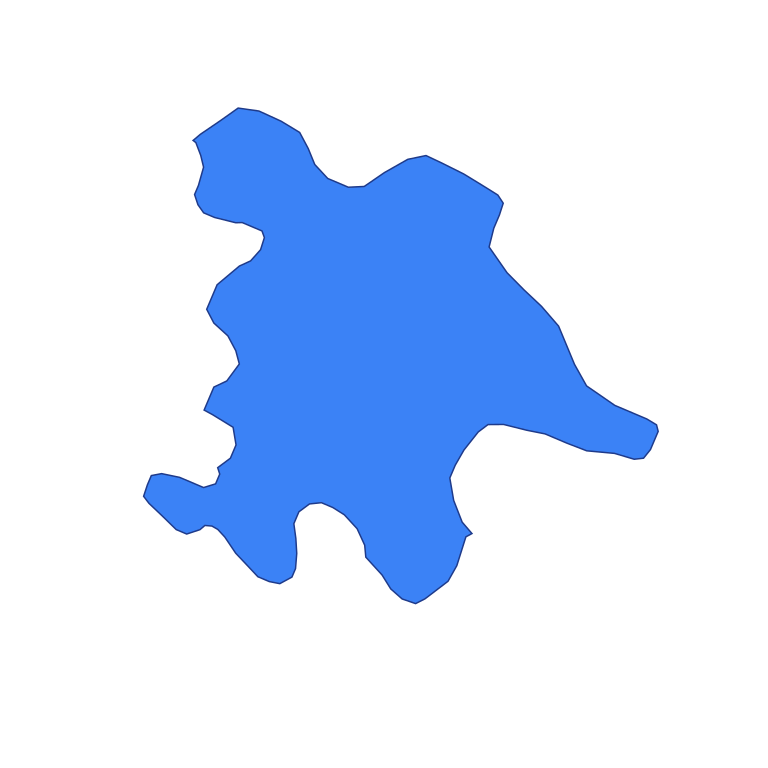 outline of Gradsko, rotated 113°
{"feature_id": "MKD-2930", "entity_name": "Gradsko", "entity_type": "Statistical Region", "adm_level": 1, "iso_a3": "MKD", "parent_name": "North Macedonia", "parent_adm1": "", "projection": "mercator", "projection_center": [21.909, 41.604], "detail": "fine", "context": "isolated", "style": "filled", "palette": "blue", "viewbox_px": 768, "rotation_deg": 113, "n_neighbors": 0, "source": "natural_earth", "source_scale": "10m", "svg_char_len": 1719}
<svg xmlns="http://www.w3.org/2000/svg" viewBox="0 0 768 768"><g transform="rotate(113 384 384)"><path d="M526.0,504.4L512.3,496.4L497.9,496.4L482.8,506.0L479.2,529.9L478.3,539.4L465.9,539.4L453.3,539.4L442.6,529.9L422.1,525.0L411.3,533.4L400.7,546.5L394.4,564.4L384.5,576.4L357.8,576.4L331.9,563.2L322.8,554.9L308.6,550.1L296.0,551.3L290.8,556.1L290.8,566.8L290.8,577.6L293.5,583.5L296.9,605.0L296.9,616.9L291.7,625.3L283.6,632.4L273.7,632.4L254.9,634.8L245.2,642.0L235.3,651.5L234.4,654.9L225.9,650.6L205.2,637.3L187.0,626.1L181.6,605.8L182.3,581.3L185.4,559.9L196.9,545.7L209.0,533.5L216.8,516.1L216.8,493.7L209.9,479.4L189.2,466.2L167.9,449.9L157.3,434.6L158.0,417.2L159.5,392.8L160.0,389.3L163.3,367.3L165.6,353.0L171.0,344.9L183.3,343.8L197.7,343.8L216.8,340.8L233.5,314.2L242.7,291.8L251.0,269.3L262.5,245.9L291.5,216.3L306.6,196.8L313.5,163.2L313.5,143.8L313.5,132.5L313.5,128.4L315.1,117.2L320.5,113.1L327.4,113.1L340.3,113.1L350.9,116.1L355.5,124.3L357.8,144.7L366.3,171.3L367.0,192.7L367.0,216.3L370.8,234.6L374.5,258.1L380.7,272.4L391.3,278.5L413.5,284.6L430.9,286.7L444.8,286.7L463.9,274.4L480.6,258.1L487.3,244.6L492.7,248.9L522.8,246.0L540.6,248.0L565.7,262.3L573.8,269.1L574.8,283.3L570.0,297.7L560.6,311.1L550.5,333.1L539.9,338.8L527.7,352.2L519.9,369.4L517.7,382.8L517.7,395.2L523.5,405.7L534.9,412.4L547.8,412.4L560.6,404.8L574.1,398.1L588.5,393.3L597.7,393.3L608.5,401.9L610.7,412.4L610.7,424.8L603.5,441.1L597.7,454.4L587.1,470.7L582.8,480.2L582.0,486.9L584.2,493.6L590.0,496.5L599.2,507.0L599.2,518.4L592.1,536.6L585.7,553.7L581.3,561.4L569.3,562.4L559.2,562.4L553.4,553.7L549.8,535.7L549.8,509.6L541.7,500.0L531.1,500.0L526.0,504.4Z" fill="#3b82f6" stroke="#1e3a8a" stroke-width="1.5"/></g></svg>